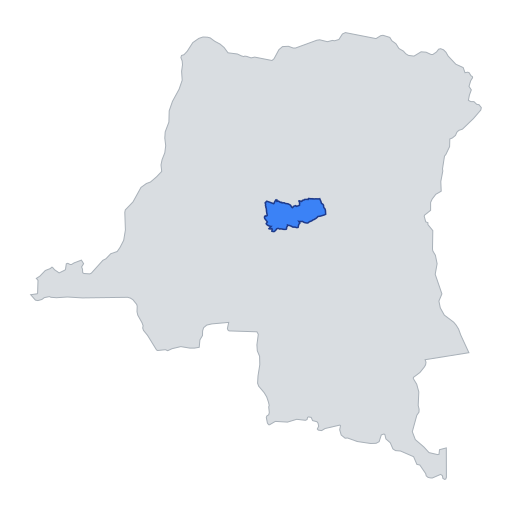 Lomela, Kasaï-Oriental, Democratic Republic of the Congo shown in context
{"feature_id": "63176286B89784390033972", "entity_name": "Lomela", "entity_type": "district", "adm_level": 2, "iso_a3": "COD", "parent_name": "Democratic Republic of the Congo", "parent_adm1": "Kasaï-Oriental", "projection": "mercator", "projection_center": [23.11, -2.397], "detail": "fine", "context": "in_parent", "style": "filled", "palette": "blue", "viewbox_px": 512, "rotation_deg": 0, "n_neighbors": 0, "source": "geoboundaries", "source_scale": "gbopen_adm2", "svg_char_len": 8593}
<svg xmlns="http://www.w3.org/2000/svg" viewBox="0 0 512 512"><path d="M468.9,352.7L425.1,359.7L426.0,362.2L425.6,364.8L424.4,366.9L420.0,372.4L413.4,377.4L413.3,378.6L416.7,384.2L418.8,391.9L418.2,405.5L419.1,409.2L419.0,412.1L416.8,415.3L412.3,431.7L415.3,439.6L424.0,447.1L429.0,452.6L437.6,454.6L439.0,454.3L439.5,449.7L446.3,447.9L446.4,477.3L445.8,479.0L444.6,479.4L442.9,478.4L442.4,475.6L440.6,474.4L432.3,478.0L430.2,477.9L427.9,477.3L426.2,475.8L425.7,473.6L419.8,465.0L416.9,464.4L413.6,456.7L400.5,451.0L395.5,450.6L392.9,448.9L390.3,442.8L385.9,438.9L384.9,434.6L384.0,434.0L381.3,434.9L379.1,441.7L376.1,443.3L370.7,443.5L357.2,441.5L347.6,438.0L345.1,438.2L341.2,435.0L339.7,429.8L340.5,425.7L339.8,425.1L325.1,428.5L321.6,430.6L318.3,430.1L317.3,429.0L318.7,426.2L318.0,423.1L316.9,421.7L312.6,420.6L311.2,417.4L308.5,416.9L307.6,417.4L307.0,419.6L305.4,420.3L296.7,419.3L287.5,422.1L275.3,421.4L269.5,424.8L268.6,424.7L267.4,423.0L266.3,417.4L266.9,415.9L268.7,414.8L269.3,412.6L268.7,406.9L269.2,405.5L268.5,402.2L266.7,396.9L264.2,392.7L258.7,386.2L257.6,383.2L258.0,376.0L259.8,364.7L259.6,356.3L257.3,350.8L256.9,344.9L258.3,334.3L256.9,331.8L229.1,330.9L228.0,330.1L227.4,328.6L228.7,322.4L211.8,323.9L206.7,325.1L203.6,327.7L202.6,330.9L202.5,335.5L199.9,339.9L199.2,347.3L194.5,348.1L189.8,348.1L180.8,346.6L172.0,348.7L167.7,350.7L165.4,349.7L157.6,350.5L156.5,349.9L147.5,335.3L143.5,330.4L142.7,328.0L143.1,325.7L142.0,322.7L137.8,315.2L137.0,311.7L137.2,306.2L136.7,304.4L132.9,299.7L130.4,298.1L127.7,297.3L82.4,297.9L67.4,297.0L56.5,297.7L50.9,297.3L49.4,296.6L44.4,297.6L41.8,299.5L37.8,300.6L35.4,300.1L30.7,294.7L37.1,293.8L37.6,293.2L38.0,280.3L36.3,278.4L39.8,276.2L45.3,270.5L50.7,268.4L51.4,267.3L52.5,267.3L54.5,269.7L59.1,272.9L64.9,270.1L65.5,269.3L66.3,263.8L67.7,263.3L70.2,264.5L71.5,264.5L74.1,262.9L81.4,260.1L83.6,263.7L81.6,266.9L82.5,269.2L82.7,272.7L83.9,273.5L89.7,273.9L91.4,273.1L102.9,260.3L105.9,258.8L110.8,253.7L117.2,251.5L120.0,247.5L123.7,240.3L125.4,230.0L124.8,212.3L125.3,209.9L133.0,201.9L141.0,187.4L146.4,183.5L150.5,182.0L156.7,176.7L161.7,171.4L161.0,164.9L162.1,159.6L164.8,152.8L165.7,145.7L164.8,138.1L165.2,131.9L168.9,122.1L169.2,110.8L172.5,101.3L179.1,89.2L182.2,80.2L181.6,71.4L182.5,64.8L182.2,61.0L180.9,57.6L181.5,55.5L184.0,54.7L187.2,51.3L192.8,42.6L198.8,38.4L203.0,37.0L207.4,37.2L210.2,37.9L214.8,41.3L220.1,44.1L224.1,47.5L228.0,52.8L237.4,54.0L241.4,55.9L243.8,56.6L244.8,56.1L246.7,56.4L251.1,57.9L254.7,57.1L272.0,60.5L274.0,58.8L278.9,49.7L282.5,46.6L288.4,46.3L293.1,48.0L295.6,48.0L316.9,40.2L319.7,39.8L327.4,41.7L332.5,40.4L334.5,40.8L338.9,39.5L342.4,34.0L345.4,32.6L376.0,38.6L380.7,35.7L383.0,35.3L389.8,37.4L391.9,40.8L395.9,43.7L398.9,48.5L403.4,51.1L405.7,53.7L408.4,55.4L414.0,56.1L421.1,51.8L426.1,52.2L431.1,54.5L432.8,54.5L436.6,51.9L438.6,49.2L440.6,48.7L443.5,49.8L446.0,52.3L448.1,56.0L455.8,64.2L463.2,67.6L465.0,72.7L467.7,72.2L469.1,72.7L471.0,75.8L472.3,76.5L472.6,77.7L470.7,80.7L469.0,86.4L471.3,89.9L469.4,95.1L468.4,100.3L470.8,101.6L473.9,101.6L476.7,104.3L479.0,104.7L481.3,107.6L480.8,110.0L473.4,118.6L462.5,129.1L458.8,130.4L456.8,132.3L455.5,135.4L452.3,138.0L449.8,139.0L449.6,146.6L445.9,154.4L444.5,156.1L442.5,168.8L442.8,171.0L440.8,181.5L441.2,191.2L435.8,194.3L432.2,199.0L430.6,202.4L430.6,210.3L424.6,215.1L424.2,216.2L425.7,221.8L427.9,222.7L427.9,224.6L432.8,230.6L432.5,249.1L432.8,250.9L435.4,255.3L437.1,263.7L435.2,274.3L441.9,293.9L438.9,301.1L440.3,307.9L444.3,315.1L453.7,322.2L456.2,325.2L458.6,329.1L460.8,335.2L468.9,352.7Z" fill="#d9dde1" stroke="#a8b0b8" stroke-width="1"/><path d="M266.7,201.2L266.5,201.4L266.4,201.5L266.3,201.8L266.0,202.0L265.8,202.1L265.6,202.4L265.2,202.7L265.2,202.8L265.3,203.0L265.4,203.3L265.3,203.5L265.6,204.1L265.6,204.8L265.5,205.0L265.5,205.6L265.5,205.8L265.9,206.6L265.8,207.1L265.9,207.4L265.9,207.5L266.2,208.3L266.3,208.6L266.4,209.6L266.4,209.9L266.4,210.3L266.6,210.8L266.5,211.2L266.5,211.5L266.6,211.8L266.6,212.0L266.7,212.4L266.8,213.4L267.0,213.7L267.0,214.0L267.1,214.5L267.1,214.8L267.3,215.0L267.3,215.3L267.2,215.5L266.9,215.7L266.8,215.8L266.6,215.8L266.4,215.9L266.2,216.0L265.7,216.3L265.4,216.2L265.2,215.9L264.8,216.3L264.5,216.8L264.5,217.7L264.6,218.1L264.9,218.8L265.9,220.0L267.4,222.0L266.2,223.5L266.2,223.8L266.3,223.9L266.5,224.1L266.7,224.4L267.0,224.7L267.3,225.0L267.6,225.1L267.9,225.4L268.0,225.5L268.3,225.6L268.5,225.6L268.6,225.8L269.1,225.9L269.8,226.2L270.1,226.2L270.4,226.5L270.8,226.5L271.0,226.5L268.9,228.7L269.0,228.8L269.6,228.9L270.5,229.0L271.0,228.9L271.5,228.8L271.8,228.6L272.0,228.8L272.1,229.0L272.1,229.3L272.2,229.6L272.1,229.9L272.1,230.0L272.0,230.3L271.8,231.2L271.9,231.3L272.4,231.4L273.0,231.5L273.7,231.6L273.9,231.6L274.3,231.5L274.6,231.3L275.0,230.9L276.0,229.9L276.3,229.6L276.5,229.0L276.6,228.9L277.0,228.7L277.4,228.6L277.9,228.4L278.3,228.4L278.8,228.6L279.2,228.8L279.5,229.0L279.9,229.0L280.1,228.9L280.3,228.9L280.6,228.8L280.8,228.9L281.2,228.9L282.1,229.0L282.5,229.1L282.9,229.3L283.1,229.3L283.5,229.3L284.0,229.4L284.5,229.4L285.1,229.4L286.0,229.3L286.3,229.2L286.5,228.9L286.6,228.4L286.6,227.4L286.7,227.2L287.3,226.3L287.5,225.9L287.5,225.4L287.5,225.0L288.4,225.4L288.7,225.4L289.1,225.4L289.5,225.5L290.7,226.0L291.4,226.2L292.1,226.6L292.4,227.0L292.6,227.0L293.1,227.0L293.4,227.1L295.1,227.1L295.5,227.2L296.1,227.5L296.6,227.6L297.2,227.6L298.1,227.4L298.2,227.2L298.4,225.9L298.6,225.1L298.6,224.8L298.8,224.4L299.1,224.0L299.7,223.3L299.9,223.0L299.7,222.8L299.7,222.7L299.2,222.0L298.8,221.4L299.3,221.5L299.7,221.5L300.0,221.5L300.4,221.4L300.7,221.4L301.2,221.5L301.6,221.5L301.8,221.4L302.0,221.4L302.5,221.4L303.0,221.8L303.4,221.9L303.5,222.1L304.4,222.5L304.6,222.6L305.2,222.7L306.0,222.9L306.8,223.0L307.1,223.0L307.3,223.0L307.8,223.0L308.0,222.9L309.1,222.0L309.6,221.6L309.8,221.5L310.6,221.4L310.8,221.2L311.2,221.1L311.6,220.9L312.3,220.5L312.3,220.4L312.9,220.0L313.2,219.8L313.6,219.7L313.9,219.6L314.2,219.5L314.6,219.2L314.9,219.1L315.0,218.9L315.8,218.5L316.0,218.3L316.3,218.2L316.5,217.9L316.8,217.7L317.0,217.5L317.3,217.3L317.6,216.8L317.9,216.5L318.0,216.5L318.6,216.4L319.3,216.3L320.5,216.1L322.8,215.4L324.7,214.8L325.7,214.2L325.6,213.3L325.5,211.3L325.4,210.2L325.0,209.0L324.7,208.5L324.0,207.8L323.7,207.2L323.6,206.1L323.5,205.2L322.9,204.3L321.9,203.6L321.5,203.4L321.2,202.4L320.9,201.4L320.5,200.5L320.0,199.4L319.8,198.9L319.7,199.0L319.5,198.9L318.9,198.9L318.1,198.9L316.8,198.9L316.2,198.8L315.6,198.8L315.2,198.9L314.8,198.9L314.0,199.0L313.8,198.9L313.4,198.9L313.2,198.8L312.8,198.9L312.5,198.9L312.3,198.7L312.2,198.7L311.8,198.8L311.6,198.7L311.3,198.8L311.2,198.8L310.7,198.7L310.3,198.8L310.0,198.6L309.9,198.6L309.6,198.6L309.3,198.6L309.0,198.5L308.6,198.5L308.5,198.8L308.3,198.9L308.3,199.2L308.3,199.4L308.2,199.5L307.4,199.4L306.4,199.4L305.5,199.4L304.9,199.4L304.5,199.5L304.3,199.8L304.1,200.0L303.8,200.1L303.5,200.1L303.3,200.2L302.9,200.2L302.6,200.3L302.3,200.5L302.1,200.7L302.0,200.9L301.9,201.3L301.7,201.4L301.3,201.5L300.9,201.3L299.4,200.8L299.0,200.8L298.9,201.0L299.0,201.4L299.3,201.9L299.5,202.5L299.7,202.9L299.7,203.1L299.5,203.7L299.6,203.9L299.6,204.0L299.5,204.8L299.5,205.1L299.5,205.3L296.6,206.4L296.2,206.3L296.0,205.9L295.7,205.6L293.4,206.4L292.9,207.4L292.5,207.7L292.3,207.6L292.2,207.6L292.0,207.4L291.9,207.3L291.7,207.1L291.4,206.7L291.1,206.2L290.7,205.5L290.7,205.4L290.5,205.2L289.9,204.8L289.2,204.4L288.2,204.0L288.2,203.9L287.7,203.8L287.4,203.7L286.6,203.6L286.4,203.6L286.1,203.6L285.9,203.5L285.5,203.5L285.3,203.4L284.8,203.2L284.5,202.9L284.2,202.9L283.9,202.8L283.7,202.8L283.4,202.8L283.2,202.8L282.8,202.9L282.6,202.9L282.0,202.7L281.9,202.7L281.7,202.7L281.6,202.4L281.4,202.5L281.2,202.5L281.1,202.4L280.9,202.3L280.7,202.3L280.4,202.4L280.1,202.3L280.0,202.2L279.8,201.9L279.7,201.9L279.5,201.7L279.1,201.6L279.0,201.4L278.9,201.4L278.6,201.3L278.5,201.2L278.4,201.1L278.0,201.2L277.7,201.1L277.4,201.2L277.3,201.3L277.2,201.3L276.9,201.0L276.9,200.9L276.8,201.0L276.7,200.6L276.8,200.4L276.7,200.4L276.4,200.3L276.4,200.2L276.2,200.0L276.1,199.8L275.9,199.9L275.7,200.0L275.5,200.4L275.4,200.6L275.3,200.8L275.1,201.1L275.0,201.3L274.9,201.5L274.6,201.9L274.5,202.2L274.4,202.4L274.3,202.5L274.2,202.9L274.1,203.1L274.0,203.3L273.9,203.4L273.8,203.6L273.7,203.7L273.4,203.6L273.2,203.6L272.8,203.4L272.6,203.3L272.4,203.2L272.0,203.1L271.5,202.9L270.9,202.7L270.4,202.5L270.0,202.3L269.1,202.0L268.4,201.8L268.0,201.6L267.6,201.5L267.4,201.4L267.1,201.3L266.7,201.2Z" fill="#3b82f6" stroke="#1e3a8a" stroke-width="1.5"/></svg>